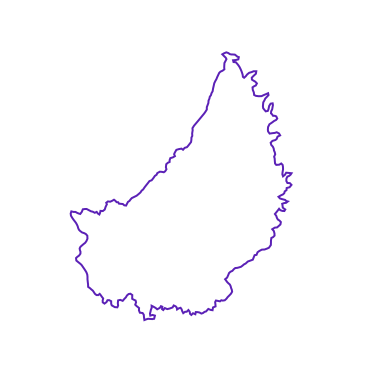 Campo Belo do Sul, Santa Catarina, Brazil, rotated 30°
{"feature_id": "56859067B89266600210620", "entity_name": "Campo Belo do Sul", "entity_type": "district", "adm_level": 2, "iso_a3": "BRA", "parent_name": "Brazil", "parent_adm1": "Santa Catarina", "projection": "natural_earth1", "projection_center": [-50.775, -27.822], "detail": "fine", "context": "isolated", "style": "outline", "palette": "violet", "viewbox_px": 384, "rotation_deg": 30, "n_neighbors": 0, "source": "geoboundaries", "source_scale": "gbopen_adm2", "svg_char_len": 5803}
<svg xmlns="http://www.w3.org/2000/svg" viewBox="0 0 384 384"><g transform="rotate(30 192 192)"><path d="M286.8,198.5L285.8,196.6L284.6,194.4L283.7,192.1L284.8,190.5L285.3,188.5L284.1,186.6L282.4,184.9L280.1,184.1L281.5,181.5L283.4,180.1L284.2,177.7L284.8,175.9L284.0,173.6L282.1,173.0L280.1,172.9L278.4,171.9L277.0,170.6L274.8,169.6L275.4,166.1L275.8,163.0L277.5,163.6L279.7,163.2L281.5,162.3L281.5,160.5L279.9,160.4L278.4,160.1L277.2,158.5L276.0,157.1L277.3,155.6L278.9,154.3L279.7,152.3L278.2,152.7L276.6,152.3L275.1,152.7L273.3,153.2L271.4,153.6L269.3,152.9L270.7,150.4L272.0,148.6L272.5,146.9L272.0,145.1L272.9,143.2L272.0,141.2L274.1,139.1L274.6,136.1L272.3,135.4L270.1,136.5L268.2,135.3L267.1,133.3L266.9,131.0L268.0,129.6L268.7,127.8L268.8,126.0L266.5,127.0L263.9,128.2L263.9,130.5L263.0,132.9L261.4,131.5L260.5,129.5L259.5,126.8L258.1,124.6L256.9,123.2L255.0,122.7L253.9,124.7L251.4,126.4L249.7,125.8L248.4,124.0L246.8,121.6L245.5,120.4L245.2,117.7L243.8,116.2L242.3,115.1L241.0,113.5L239.3,112.3L237.1,111.6L235.5,110.0L236.1,107.5L238.2,105.3L238.8,103.7L238.4,101.3L240.0,98.9L238.1,97.8L235.5,97.9L234.2,99.4L232.3,100.8L230.0,102.6L227.6,101.5L226.6,100.2L225.4,97.7L225.2,94.6L226.0,93.0L226.8,91.3L227.6,89.4L228.8,87.6L229.1,85.8L227.2,84.4L225.6,84.6L224.1,85.5L222.5,84.7L221.1,84.4L220.2,82.5L220.1,80.3L219.4,78.4L218.6,76.2L217.5,74.9L215.9,76.2L215.8,78.9L216.8,81.9L217.1,83.9L215.5,85.3L213.6,84.6L211.8,83.9L210.6,82.4L209.7,80.5L208.9,78.7L208.9,76.3L208.7,74.5L209.3,72.1L209.8,69.8L208.5,68.4L207.2,70.2L205.8,72.0L204.3,74.2L201.7,75.8L199.2,76.8L197.3,76.9L195.7,74.8L193.6,73.2L192.1,71.1L192.9,69.4L194.0,67.8L193.9,65.5L191.6,64.8L189.4,64.8L187.7,64.7L186.6,63.1L187.2,60.8L188.2,57.6L187.3,55.3L185.0,56.6L183.8,58.2L181.9,60.2L181.0,62.6L180.7,64.8L180.0,67.0L178.5,66.8L177.3,65.2L175.7,63.7L174.4,62.6L172.8,61.4L170.7,60.0L168.9,59.1L167.4,58.5L165.1,57.7L163.0,58.7L161.7,57.4L163.8,55.9L165.8,54.0L165.1,51.8L163.6,52.1L162.0,51.8L160.4,51.6L158.8,52.4L157.3,53.2L155.8,53.7L154.0,53.5L151.9,53.9L150.3,56.0L149.4,57.6L151.9,58.3L154.0,58.8L155.4,59.7L155.5,61.7L155.6,64.1L156.7,66.3L157.6,68.0L158.7,69.6L157.8,71.7L156.5,73.5L156.0,75.2L156.2,77.7L156.4,80.1L156.7,82.0L156.7,84.0L156.9,86.7L157.8,89.5L158.5,91.8L159.5,94.5L159.5,96.8L160.0,98.6L159.8,100.7L160.4,102.4L160.6,104.5L161.7,106.8L162.1,109.2L162.4,111.1L163.6,113.2L163.5,115.9L163.3,118.0L161.8,126.9L160.6,133.6L160.5,136.5L161.7,138.2L162.8,141.1L164.2,143.3L164.3,145.1L165.4,147.2L166.2,149.2L165.9,151.5L165.6,153.7L165.2,155.7L163.6,157.4L163.1,159.9L161.2,159.7L159.2,161.4L157.4,163.3L157.4,166.3L157.6,168.2L159.3,169.5L158.1,171.6L156.3,173.5L156.7,175.6L157.6,177.2L156.5,178.7L155.8,180.8L157.0,183.6L158.5,185.1L158.4,187.5L157.7,189.0L155.9,189.6L154.0,190.5L152.5,193.0L152.7,194.8L151.8,196.6L151.6,199.3L151.2,202.0L149.7,203.8L149.3,206.8L149.0,208.7L148.6,211.6L148.4,214.3L147.7,216.0L147.6,218.1L146.9,220.2L145.9,222.9L144.3,225.3L142.9,227.4L142.5,229.2L142.3,231.0L141.5,232.6L141.6,234.9L141.7,236.7L140.0,237.4L138.1,237.0L136.1,237.9L134.6,238.6L133.2,237.8L131.8,238.5L129.9,237.9L128.3,237.7L127.3,239.5L126.0,241.3L123.9,242.2L123.1,244.2L124.4,245.2L124.6,248.0L125.2,250.8L124.3,253.1L122.2,254.1L122.8,256.0L123.0,257.8L121.2,257.7L119.4,256.9L118.2,258.6L115.8,258.7L114.3,259.2L112.0,259.3L109.2,259.4L107.6,260.4L106.1,261.6L106.5,264.3L106.2,266.9L104.5,267.3L103.0,267.5L101.1,267.5L99.3,268.5L97.2,269.1L97.7,271.3L99.0,273.0L101.3,274.3L103.4,275.3L105.4,276.1L107.0,276.8L108.7,277.8L110.2,278.9L111.4,280.1L112.9,281.2L114.6,281.7L117.0,282.0L119.4,281.5L121.2,281.5L123.2,282.2L124.8,284.7L125.1,287.3L124.9,289.4L124.1,291.4L123.4,293.4L122.8,295.2L122.9,297.0L123.9,298.3L125.3,299.5L126.2,301.2L126.0,303.5L125.1,305.5L124.6,307.2L126.1,309.2L129.1,309.7L131.1,310.0L132.8,310.4L134.7,311.3L136.8,312.3L139.0,313.4L140.8,314.4L142.6,315.9L143.9,317.7L145.1,319.8L146.7,322.0L148.2,324.0L149.5,326.1L151.7,326.3L153.5,326.7L155.4,327.0L156.9,327.7L158.8,328.7L160.8,329.0L162.3,328.2L163.0,326.4L164.6,327.0L166.5,327.9L168.3,328.6L168.9,330.7L169.9,332.2L172.0,332.4L173.0,330.1L172.9,328.0L174.3,327.1L176.6,327.0L177.9,329.2L179.2,330.3L180.8,330.3L182.7,330.3L185.0,329.2L184.8,327.3L183.3,325.3L182.2,322.8L183.8,321.3L186.4,320.9L186.9,318.2L187.4,316.3L187.4,314.2L188.1,312.1L189.5,310.9L191.8,311.1L192.6,312.6L193.6,314.4L195.3,314.4L197.4,314.2L198.7,315.5L199.2,318.0L201.1,318.5L202.6,318.7L204.2,319.0L205.2,321.0L207.2,322.6L209.7,321.5L211.6,322.4L213.0,324.4L214.8,326.7L216.0,325.2L217.3,323.8L219.5,322.7L221.2,321.9L222.6,320.7L221.7,317.6L219.3,318.2L217.7,319.9L216.4,318.3L215.9,316.4L215.3,314.6L215.0,312.5L213.9,310.7L215.9,310.6L218.4,310.6L220.5,311.0L222.1,308.4L222.2,306.4L223.7,306.2L224.6,308.4L226.1,308.6L226.5,306.1L229.1,305.8L231.0,304.0L232.9,301.7L232.9,299.4L235.0,299.2L236.5,299.7L237.8,301.2L238.7,299.4L240.0,298.0L241.7,298.8L243.1,300.1L245.0,301.3L245.9,299.2L247.3,298.3L247.9,296.0L249.8,296.8L251.3,298.5L252.9,298.8L253.5,296.5L256.0,296.2L255.3,294.1L257.0,293.2L258.8,292.6L260.9,292.6L262.0,291.4L262.8,289.5L263.9,288.4L264.6,285.1L267.1,284.8L268.9,284.1L267.9,281.5L269.6,279.3L268.4,277.5L267.1,275.8L267.0,274.0L268.8,273.4L270.9,272.7L271.5,271.1L272.9,270.7L274.5,269.4L275.2,267.2L275.4,265.3L276.0,263.1L276.6,260.6L276.6,258.3L275.4,256.8L274.0,255.7L272.5,254.2L271.0,253.2L269.3,252.9L267.5,252.4L264.3,251.0L265.2,248.6L264.9,245.7L264.6,243.7L265.2,241.8L266.4,240.1L266.8,238.0L267.5,236.2L269.1,235.1L270.4,233.8L271.8,232.3L272.5,230.7L273.3,228.5L274.2,227.2L275.1,224.3L277.1,221.9L278.5,220.2L278.1,217.6L277.8,215.4L279.3,214.2L278.9,211.4L279.8,209.4L281.3,207.0L283.6,205.5L285.2,203.6L286.5,201.8L286.8,198.5Z" fill="none" stroke="#5b21b6" stroke-width="2"/></g></svg>